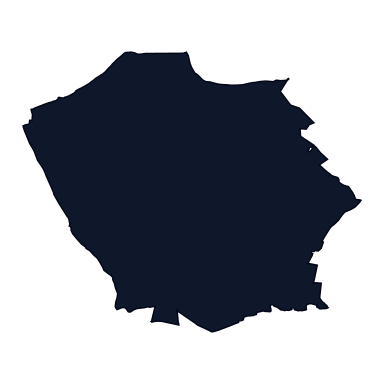 CUT, Alba, Romania (Natural Earth projection)
{"feature_id": "2599482B25854824104910", "entity_name": "CUT", "entity_type": "district", "adm_level": 2, "iso_a3": "ROU", "parent_name": "Romania", "parent_adm1": "Alba", "projection": "natural_earth1", "projection_center": [23.668, 45.952], "detail": "fine", "context": "isolated", "style": "filled", "palette": "ink", "viewbox_px": 384, "rotation_deg": 0, "n_neighbors": 0, "source": "geoboundaries", "source_scale": "gbopen_adm2", "svg_char_len": 4033}
<svg xmlns="http://www.w3.org/2000/svg" viewBox="0 0 384 384"><path d="M321.2,283.2L315.9,282.8L313.5,283.0L317.3,265.2L307.9,263.3L312.1,255.6L312.7,253.5L311.2,253.0L312.0,251.1L314.1,251.5L314.9,250.5L318.2,251.0L321.2,248.3L323.3,242.1L321.9,241.7L324.0,237.6L329.9,228.2L331.5,226.3L334.0,224.5L338.5,220.2L339.7,218.4L342.4,214.7L344.9,212.0L352.2,208.8L355.4,206.7L359.3,202.6L361.0,200.3L360.0,199.9L357.0,199.6L355.4,199.1L354.1,195.2L353.2,194.0L353.1,193.3L348.4,186.5L346.0,186.1L345.4,185.6L344.1,185.5L340.2,183.2L338.6,181.5L339.0,180.9L338.9,179.5L338.6,179.1L338.3,178.1L336.7,177.2L334.1,176.5L333.5,176.3L331.8,175.6L325.2,170.3L319.3,164.9L327.5,159.3L320.2,152.5L315.9,147.1L313.9,145.6L311.9,147.7L312.4,149.1L309.4,151.9L308.2,151.1L308.0,150.3L308.8,149.8L309.6,147.6L313.6,145.0L300.6,136.4L300.1,128.7L306.2,129.1L309.2,124.7L313.9,122.8L299.4,108.1L290.7,105.2L280.2,91.4L287.2,80.4L288.8,79.0L288.3,78.5L287.3,79.3L286.5,80.3L280.7,80.7L276.2,80.2L273.4,81.7L265.6,81.1L259.8,81.6L254.6,82.5L252.9,82.6L249.0,83.3L246.0,84.0L242.8,84.8L237.9,85.1L233.6,85.2L230.6,85.2L228.0,84.9L224.5,84.7L221.1,84.5L217.2,83.9L209.6,81.9L206.0,81.8L202.6,79.9L199.0,76.2L197.3,74.6L194.8,73.0L191.6,67.5L190.0,63.4L188.2,55.5L186.4,52.2L183.1,53.3L145.4,53.5L140.5,54.2L138.3,54.3L136.7,53.8L134.2,52.7L131.4,52.2L125.6,52.5L124.1,53.4L120.8,56.4L117.6,58.9L114.0,62.5L112.5,63.9L111.0,65.9L108.4,68.3L106.9,70.0L106.1,71.1L102.9,73.9L100.8,75.1L98.0,77.0L95.9,78.2L94.2,79.6L93.1,80.6L91.9,81.3L90.6,82.3L89.7,83.1L88.5,83.9L87.0,84.8L85.9,85.5L84.2,86.5L82.6,87.3L81.0,88.2L79.4,88.8L77.5,89.9L76.6,90.4L75.8,91.0L74.6,92.7L74.1,93.1L70.0,95.3L68.9,95.9L65.8,97.1L65.1,97.1L64.0,97.7L63.5,98.0L63.2,98.0L62.4,98.0L60.7,97.7L59.5,97.4L58.4,97.5L58.2,97.7L58.0,99.0L57.9,99.2L56.7,100.0L56.5,100.3L56.0,100.6L55.2,100.8L54.4,101.1L53.7,101.2L52.8,101.5L52.1,101.8L51.1,102.2L50.7,102.4L49.3,102.6L44.4,104.3L40.8,105.8L39.0,106.4L37.3,107.1L34.3,108.3L32.3,109.4L31.3,109.2L31.2,109.3L31.1,109.7L32.2,113.6L32.3,114.0L32.5,114.5L32.0,120.4L29.7,120.3L29.2,124.2L25.7,124.7L23.0,126.0L24.6,131.0L29.8,143.6L32.0,147.3L34.1,151.0L37.6,160.3L41.3,165.7L43.2,168.6L44.4,171.2L46.6,176.7L52.5,190.0L53.7,193.0L53.9,194.4L58.9,203.3L67.4,216.8L68.2,217.4L68.8,218.8L69.8,223.8L69.5,225.4L70.3,224.8L70.1,226.5L70.7,226.8L71.2,228.8L71.0,230.0L72.7,233.8L77.3,239.3L81.6,244.1L85.4,246.9L86.0,248.3L89.9,250.8L93.7,255.0L96.1,257.1L97.1,258.0L99.3,261.2L102.6,267.0L103.4,269.0L104.0,270.4L111.2,275.7L112.5,277.1L112.9,278.1L112.8,279.7L114.4,283.2L115.0,285.9L115.6,288.2L116.6,290.8L117.6,293.3L117.5,295.1L117.1,297.7L115.9,301.6L115.3,305.9L115.3,307.0L116.0,308.2L117.0,309.6L120.9,308.0L122.2,307.6L124.2,307.6L125.3,307.9L126.9,309.7L128.1,311.6L129.3,312.1L130.7,311.8L133.7,309.8L136.5,308.7L137.8,308.4L140.4,308.1L144.3,307.7L147.5,306.8L149.8,307.2L152.5,306.7L155.1,306.5L151.7,320.6L151.8,321.1L151.1,321.6L151.9,322.1L154.6,321.4L158.0,321.1L161.6,321.3L174.0,323.9L178.8,325.0L178.8,323.8L178.2,322.2L177.1,310.4L177.9,311.3L195.4,323.3L197.8,325.2L208.1,329.9L211.7,331.8L214.0,331.5L218.6,330.1L238.5,322.4L238.0,321.2L242.0,320.5L243.3,319.8L243.9,317.1L247.3,316.0L253.4,315.5L254.7,314.8L256.3,314.5L256.6,313.2L257.4,312.1L258.4,312.1L262.4,311.1L263.3,310.5L264.0,311.3L270.1,311.7L271.1,310.8L270.7,309.3L270.9,308.7L270.0,306.9L270.5,306.2L270.3,305.1L271.6,304.7L272.4,304.6L273.3,304.7L273.4,305.5L273.9,306.0L277.4,307.3L281.0,310.0L282.2,309.9L284.7,310.6L286.4,310.1L288.9,310.4L291.8,309.5L291.3,308.4L292.3,307.8L293.5,307.8L294.3,308.2L294.1,308.8L294.7,309.8L298.5,310.8L299.9,310.4L301.8,310.7L306.0,309.9L306.5,309.4L306.0,307.9L306.3,307.2L306.1,306.3L306.3,305.0L309.3,303.7L311.4,303.7L315.4,304.7L317.0,305.7L316.7,306.7L317.3,307.5L318.3,307.3L319.3,308.7L321.3,308.9L321.6,308.5L324.3,308.7L326.8,308.3L328.1,307.7L327.3,306.9L326.8,305.4L325.6,304.9L324.5,303.3L322.3,301.8L320.4,299.3L319.6,297.5L319.8,296.4L321.2,283.2Z" fill="#0f172a" stroke="#020617" stroke-width="1.5"/></svg>